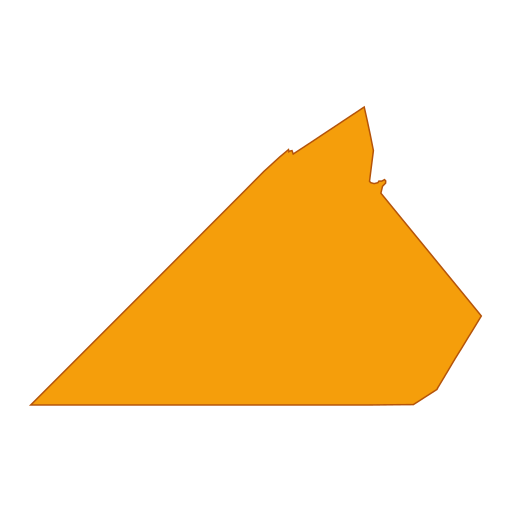 outline of Ad Dabbah, Northern, Sudan
{"feature_id": "16777658B45906237385518", "entity_name": "Ad Dabbah", "entity_type": "district", "adm_level": 2, "iso_a3": "SDN", "parent_name": "Sudan", "parent_adm1": "Northern", "projection": "natural_earth1", "projection_center": [31.506, 17.537], "detail": "fine", "context": "isolated", "style": "filled", "palette": "amber", "viewbox_px": 512, "rotation_deg": 0, "n_neighbors": 0, "source": "geoboundaries", "source_scale": "gbopen_adm2", "svg_char_len": 1138}
<svg xmlns="http://www.w3.org/2000/svg" viewBox="0 0 512 512"><path d="M481.3,316.0L478.9,313.0L419.5,240.4L402.3,219.4L380.9,193.2L382.5,186.3L385.6,183.1L385.7,180.9L384.5,179.6L383.3,180.3L381.7,181.1L378.9,181.1L377.9,182.7L374.1,183.6L370.8,182.7L369.5,181.3L373.4,150.6L370.3,135.0L367.3,120.9L364.2,107.0L308.0,144.3L293.2,154.0L292.0,150.6L289.4,151.2L288.9,151.7L288.5,149.6L279.9,156.8L263.9,171.4L242.4,193.1L163.2,272.5L126.6,309.1L31.9,403.8L30.7,405.0L118.6,405.0L148.3,405.0L210.5,405.0L251.0,405.0L315.8,405.0L325.3,405.0L335.7,405.0L367.9,405.0L378.5,404.9L398.2,404.7L413.4,404.6L413.5,404.5L417.3,402.1L424.4,397.5L436.4,389.8L436.9,389.5L436.9,389.4L437.2,388.9L437.5,388.3L437.6,388.1L437.7,387.8L437.8,387.8L437.9,387.5L438.6,386.4L438.8,386.1L439.8,384.4L441.6,381.4L443.1,378.9L444.8,376.1L444.9,375.8L446.4,373.4L449.9,367.5L453.6,361.2L454.5,359.8L455.3,358.3L455.6,357.9L455.8,357.6L456.1,357.1L459.8,351.1L460.6,349.9L465.6,341.7L466.8,339.7L468.8,336.4L469.2,335.8L469.6,335.2L469.7,334.9L469.8,334.8L469.9,334.7L472.6,330.3L474.8,326.7L481.3,316.0Z" fill="#f59e0b" stroke="#b45309" stroke-width="1.5"/></svg>